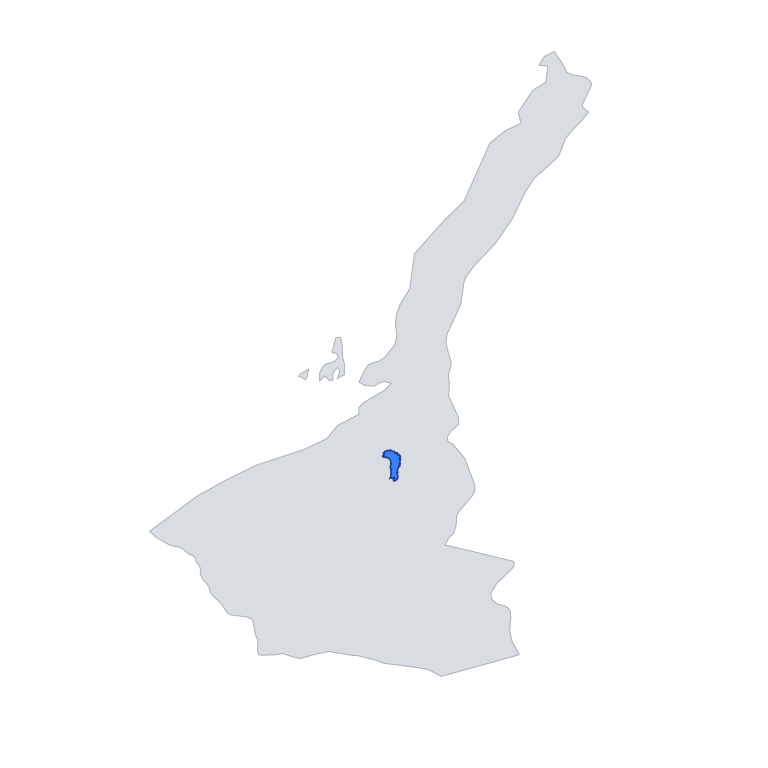 location of Galanefhi, Maekel, Eritrea, rotated 260°
{"feature_id": "51966322B55645768572495", "entity_name": "Galanefhi", "entity_type": "district", "adm_level": 2, "iso_a3": "ERI", "parent_name": "Eritrea", "parent_adm1": "Maekel", "projection": "orthographic", "projection_center": [38.896, 15.263], "detail": "fine", "context": "in_parent", "style": "filled", "palette": "blue", "viewbox_px": 768, "rotation_deg": 260, "n_neighbors": 0, "source": "geoboundaries", "source_scale": "gbopen_adm2", "svg_char_len": 6670}
<svg xmlns="http://www.w3.org/2000/svg" viewBox="0 0 768 768"><g transform="rotate(260 384 384)"><path d="M93.9,470.0L91.3,443.6L89.6,426.0L87.8,407.3L86.1,389.6L94.6,378.9L98.6,368.7L109.0,335.4L113.1,328.8L121.1,310.9L122.2,305.8L130.2,283.3L129.6,268.3L128.2,253.2L132.5,244.3L136.3,237.1L136.1,231.1L138.0,217.0L139.2,213.5L143.8,213.3L153.3,215.2L160.2,213.8L168.3,213.9L174.5,213.5L178.2,209.2L183.3,192.8L186.6,189.5L189.1,188.5L196.2,185.5L202.3,180.8L207.2,177.4L209.1,176.7L214.3,176.3L219.5,174.3L221.9,172.0L228.5,170.1L234.9,171.2L239.3,169.2L242.2,167.9L245.5,167.8L248.5,165.9L249.7,163.0L251.7,161.1L256.7,156.9L259.0,153.8L260.1,150.7L261.1,148.2L263.3,144.0L272.1,133.5L279.6,127.5L306.0,180.4L316.8,211.7L326.3,244.4L333.4,293.5L340.2,318.5L351.1,330.8L358.6,354.1L365.0,355.0L369.6,361.4L377.6,383.2L383.4,391.4L386.4,384.3L386.0,380.3L383.7,373.6L385.8,364.9L390.2,359.7L400.3,366.7L405.9,372.0L407.4,382.8L409.8,388.8L420.5,401.3L429.5,405.0L441.1,405.8L450.9,408.5L458.7,413.1L473.4,425.8L507.0,436.7L534.2,471.0L550.4,494.7L603.0,530.2L612.3,547.4L617.2,564.3L628.2,563.4L647.4,581.6L653.1,595.7L668.6,600.5L671.1,592.1L678.7,598.8L681.9,609.4L672.1,613.8L661.2,617.8L659.6,617.7L656.1,622.6L651.1,636.1L645.5,640.1L642.5,640.5L625.3,628.3L622.6,627.6L619.0,630.1L616.3,632.7L608.3,623.4L602.4,615.0L594.1,605.1L586.2,600.7L577.7,595.2L569.3,582.2L560.7,567.8L548.1,556.1L524.6,539.3L502.9,517.9L486.4,495.4L475.7,483.7L471.2,480.7L449.4,473.5L434.1,463.2L422.4,454.8L415.2,452.5L408.2,452.3L393.4,454.1L381.0,448.8L375.8,448.8L367.6,447.3L361.1,445.4L353.5,447.7L337.9,451.5L331.5,450.7L328.0,445.4L325.9,441.3L320.5,437.1L316.0,437.1L313.5,440.9L297.2,450.5L269.9,455.7L263.4,455.3L258.5,451.5L244.8,435.0L240.9,432.3L237.7,432.1L231.4,430.1L225.4,426.9L220.2,420.2L214.9,416.3L209.2,429.5L199.2,452.5L193.8,464.8L186.8,480.7L184.7,481.1L181.2,479.9L167.6,460.0L159.1,452.5L152.7,453.2L148.0,456.8L145.0,463.4L141.8,467.5L138.3,469.0L130.9,468.2L119.5,464.9L107.7,465.5L95.5,469.9L93.9,470.0ZM414.6,338.8L418.2,343.7L420.8,343.2L422.8,341.6L424.2,338.1L438.2,344.8L437.4,349.3L429.1,349.6L419.4,347.8L410.6,348.5L400.0,346.6L397.5,338.9L404.2,342.6L407.7,341.6L408.3,340.6L403.5,335.5L396.8,334.5L397.2,330.4L400.2,328.8L402.1,326.8L398.2,321.2L405.8,322.4L410.6,325.8L413.7,329.7L414.6,338.8ZM408.7,303.4L411.7,312.3L403.0,308.9L401.6,307.1L405.4,303.6L406.1,301.4L408.7,303.4Z" fill="#d9dde1" stroke="#a8b0b8" stroke-width="1"/><path d="M290.2,373.5L290.3,373.8L290.2,374.3L290.1,374.8L289.9,375.0L289.9,375.3L289.9,375.5L289.8,375.9L289.8,376.0L289.8,376.4L289.8,376.8L289.8,377.0L289.7,377.2L289.7,377.3L289.8,377.4L289.7,377.4L289.7,377.6L289.4,377.4L289.2,377.3L289.1,377.2L288.7,377.1L288.7,376.9L288.7,376.7L288.4,376.8L288.2,376.8L288.1,376.7L287.9,376.9L287.7,377.0L287.4,376.9L287.3,376.7L287.5,376.7L287.3,376.6L287.1,376.7L286.9,376.9L286.8,377.0L286.7,377.2L286.7,377.8L286.8,378.5L287.0,378.8L287.2,379.2L287.3,379.4L287.5,379.6L287.8,379.7L287.9,379.8L287.9,380.1L288.0,380.3L288.2,380.7L288.4,380.8L288.7,381.0L289.2,381.3L289.4,381.3L289.8,381.2L290.3,381.5L290.5,381.6L291.0,381.7L291.8,381.7L292.2,381.7L292.4,381.6L292.7,381.5L292.8,381.5L293.3,381.5L293.6,381.4L293.9,381.4L294.1,381.5L294.4,381.7L294.6,381.6L294.7,381.4L294.9,381.4L295.0,381.6L294.8,381.7L294.8,382.0L294.8,382.3L295.0,382.2L295.4,382.1L295.7,382.2L296.0,382.3L296.3,382.2L296.8,382.3L297.0,382.2L297.2,382.3L297.4,382.4L297.7,382.7L298.7,383.2L298.7,383.3L298.7,383.5L298.8,383.7L299.1,383.5L299.3,383.6L299.6,383.9L299.7,384.0L299.8,384.1L300.0,384.2L300.2,384.3L300.3,384.4L300.3,384.5L300.2,384.7L300.2,384.8L300.3,385.0L300.5,384.7L300.8,384.4L300.9,384.5L301.0,384.5L301.1,384.8L301.3,384.8L301.5,384.9L301.5,385.0L301.5,385.5L301.5,385.8L301.9,385.8L302.2,385.7L302.5,385.5L302.6,385.9L302.8,385.9L303.0,385.8L303.1,386.2L303.2,386.3L303.4,386.2L303.6,385.9L303.8,385.8L304.0,385.7L304.2,385.8L304.4,386.0L304.8,386.2L305.0,386.3L305.4,386.4L305.6,386.6L305.9,386.6L306.0,386.5L306.3,386.5L306.5,386.5L306.8,386.6L307.0,386.7L307.1,387.0L307.2,387.4L307.3,387.4L307.4,387.2L307.4,386.8L308.0,386.1L308.3,386.1L308.3,386.3L308.1,386.5L308.2,386.8L308.5,386.9L308.9,387.2L309.1,387.2L309.8,387.6L310.1,387.5L310.3,387.5L310.6,387.4L310.7,387.2L311.0,387.0L311.6,387.0L311.7,386.9L311.8,386.9L311.6,386.4L311.6,386.1L311.6,385.9L311.7,385.7L311.7,385.3L311.8,385.1L312.0,385.1L312.2,384.9L312.4,384.8L313.1,385.2L313.4,385.3L313.8,385.3L313.9,385.2L314.0,385.1L314.1,384.6L314.1,384.2L313.9,384.1L313.9,383.8L313.9,383.6L314.1,383.1L313.9,382.9L314.0,382.7L314.3,382.8L314.5,382.8L314.8,382.9L315.1,382.6L315.4,382.6L315.5,382.7L315.8,382.4L315.9,382.2L316.0,381.9L316.1,381.6L316.3,381.1L316.4,380.9L316.4,380.5L316.4,380.4L316.8,379.9L317.0,379.6L317.4,379.3L317.5,379.2L317.8,379.1L317.9,378.8L318.0,378.7L317.8,378.2L317.5,377.6L317.5,377.4L317.4,377.2L317.4,376.9L317.6,376.6L317.9,376.2L318.0,376.0L318.0,375.9L317.9,375.5L317.9,375.4L317.7,375.4L317.6,375.1L317.6,374.5L317.5,374.1L317.5,373.9L317.5,373.5L317.5,373.3L317.4,373.2L317.2,372.9L316.8,372.6L316.7,372.4L316.5,372.2L316.4,372.1L316.2,371.8L316.2,371.6L315.9,371.7L315.7,371.7L315.6,371.8L315.4,372.0L315.4,371.9L315.3,371.7L315.1,371.4L315.0,371.2L314.9,371.2L314.6,371.2L314.5,371.3L314.4,371.3L314.1,371.2L313.9,371.1L313.7,371.0L313.3,371.2L313.2,371.1L313.2,370.9L313.3,370.7L313.2,370.7L313.1,370.4L312.9,370.4L312.9,370.2L312.7,370.2L312.5,370.4L312.4,370.5L312.2,370.8L312.3,370.8L312.2,370.9L312.1,371.5L312.1,371.9L312.1,372.4L312.0,372.8L311.8,372.9L311.6,373.0L311.4,373.2L311.2,373.4L311.0,373.5L310.9,374.0L310.9,374.7L310.8,374.8L310.8,375.1L310.6,375.3L310.4,375.4L310.2,375.5L310.0,375.9L309.8,376.0L309.6,376.1L309.1,376.3L309.0,376.5L308.6,376.8L308.1,376.9L307.5,377.0L306.8,377.0L306.5,377.1L306.0,377.1L305.5,377.3L305.2,377.3L304.8,377.5L304.6,377.5L304.4,377.4L304.2,377.2L304.1,376.8L303.8,377.0L303.6,377.0L303.4,376.9L303.2,376.8L302.9,376.8L302.8,376.7L302.7,376.5L302.5,376.3L302.3,376.2L301.9,376.0L301.3,375.9L301.1,375.8L300.9,375.8L300.7,375.8L300.5,375.7L300.3,375.7L300.2,375.7L299.9,375.6L299.6,375.8L299.4,375.9L299.3,376.0L299.1,376.1L299.1,376.3L299.0,376.2L298.9,376.2L298.8,376.3L298.5,376.4L298.4,376.2L298.0,376.1L297.6,375.7L297.4,375.7L297.2,375.7L296.9,375.5L296.7,375.5L296.3,375.5L295.7,375.6L295.4,375.7L295.3,375.4L294.7,375.3L294.5,375.2L294.3,375.2L294.1,375.1L293.9,375.2L293.6,375.1L293.4,375.0L293.1,374.9L292.9,374.9L292.4,374.8L292.2,374.8L292.1,374.7L291.9,374.6L291.7,374.6L291.4,374.4L291.1,374.3L291.0,374.2L290.9,374.1L290.6,373.8L290.4,373.6L290.2,373.5Z" fill="#3b82f6" stroke="#1e3a8a" stroke-width="1.5"/></g></svg>